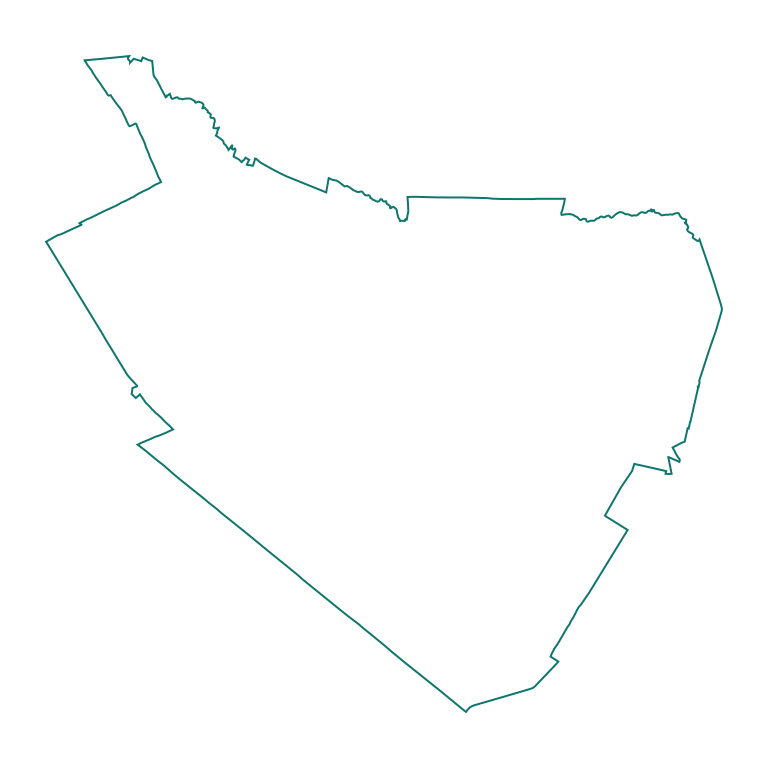 Baicoi, Prahova, Romania
{"feature_id": "2599482B49235084431710", "entity_name": "Baicoi", "entity_type": "district", "adm_level": 2, "iso_a3": "ROU", "parent_name": "Romania", "parent_adm1": "Prahova", "projection": "orthographic", "projection_center": [25.87, 45.034], "detail": "fine", "context": "isolated", "style": "outline", "palette": "teal", "viewbox_px": 768, "rotation_deg": 0, "n_neighbors": 0, "source": "geoboundaries", "source_scale": "gbopen_adm2", "svg_char_len": 6017}
<svg xmlns="http://www.w3.org/2000/svg" viewBox="0 0 768 768"><path d="M466.0,711.9L467.8,709.5L470.1,707.3L472.3,706.0L474.8,705.1L518.5,692.4L530.6,688.8L532.6,688.0L533.7,687.4L535.2,686.1L557.2,663.0L558.3,661.6L550.6,656.6L551.5,654.1L553.4,650.6L553.6,649.9L554.1,649.0L557.7,643.9L567.6,626.8L569.3,624.7L570.9,621.3L573.8,616.5L577.8,608.6L579.0,606.7L580.9,604.7L589.2,592.6L627.6,530.0L606.4,516.7L605.0,515.6L621.2,487.0L632.0,471.1L634.3,463.9L666.2,471.1L665.5,473.7L669.6,474.1L671.6,473.8L668.3,457.2L668.9,457.2L679.4,461.9L679.8,459.7L677.0,455.7L672.6,447.5L682.3,442.5L684.7,441.7L687.6,428.3L688.7,428.6L690.1,421.9L690.4,421.9L697.9,388.7L698.0,387.5L697.9,387.0L698.5,387.2L699.5,383.0L699.5,382.0L699.2,381.1L699.3,380.5L709.5,349.1L716.4,329.3L721.7,310.9L721.9,309.3L721.8,308.0L720.5,303.2L712.7,278.1L699.5,239.5L698.6,240.9L698.1,241.1L696.9,240.6L693.1,238.0L692.8,237.6L692.8,236.9L693.4,235.4L693.1,234.5L692.4,233.8L689.8,232.5L688.5,231.7L687.7,230.9L687.4,230.4L687.1,229.2L688.0,228.2L688.2,227.1L688.1,226.4L687.4,225.8L687.2,224.8L686.9,224.4L685.5,223.6L685.0,223.1L685.0,222.5L685.2,222.3L686.1,222.2L686.2,219.7L682.0,218.3L680.2,216.2L678.7,213.3L678.3,213.1L676.0,213.2L674.9,213.5L672.6,214.6L670.4,214.4L667.3,214.8L665.5,214.7L664.2,215.0L661.8,215.3L660.5,214.6L659.4,213.5L658.0,213.0L655.3,212.7L654.8,212.3L654.5,211.8L654.1,210.2L653.8,210.0L653.1,210.4L652.4,211.4L651.7,211.4L651.7,211.2L651.9,210.2L651.7,209.7L651.3,209.4L651.0,209.5L650.9,210.2L650.5,210.7L648.5,210.8L646.1,212.8L645.1,212.9L642.3,212.2L641.1,212.3L639.5,213.2L637.6,215.0L637.1,215.3L636.0,215.5L633.7,215.3L631.9,215.8L627.9,214.2L625.6,214.3L623.0,212.7L621.9,212.4L619.8,212.1L617.5,213.1L614.9,215.0L612.7,217.2L611.5,217.7L610.6,217.5L609.5,216.2L608.8,215.7L608.3,215.6L606.5,216.1L605.1,217.0L603.9,217.3L603.3,217.3L602.0,216.6L600.7,216.6L599.8,217.1L598.8,218.1L597.1,218.5L596.4,218.9L594.4,220.6L593.5,220.8L590.7,220.7L587.9,221.7L586.9,221.4L586.6,221.1L586.4,220.8L585.9,219.2L585.3,218.9L582.9,218.9L580.8,220.1L580.3,220.0L579.2,219.3L577.4,217.2L574.4,215.8L573.7,215.1L572.6,214.7L570.1,214.2L568.7,214.1L564.9,214.4L561.7,214.9L561.3,214.3L561.3,212.7L562.4,210.0L564.3,202.2L564.8,198.8L537.4,198.8L532.3,199.1L501.6,199.0L493.1,198.7L487.2,198.1L463.9,197.5L437.2,197.4L414.8,196.8L407.6,197.0L407.6,198.8L408.0,203.5L408.3,210.8L408.1,212.7L407.5,215.3L406.8,219.6L406.2,219.6L405.7,219.2L405.3,219.3L405.1,219.7L405.2,220.7L404.8,221.0L401.7,220.7L400.2,221.1L399.8,220.8L399.7,219.5L398.2,217.4L397.8,215.3L397.3,214.0L396.8,210.5L396.4,209.4L395.2,208.1L393.5,206.9L392.6,207.0L390.9,208.2L390.2,208.0L389.9,207.8L390.4,206.7L390.3,206.3L388.8,205.0L387.0,203.9L386.2,202.4L386.2,201.4L383.5,201.4L382.8,200.9L381.9,199.4L381.1,199.2L380.4,199.4L379.0,201.4L377.3,201.6L375.7,201.0L373.6,199.8L372.6,199.6L371.6,198.4L370.5,198.1L370.3,197.9L370.1,196.6L369.8,195.9L369.1,195.3L368.4,195.2L366.8,195.5L365.1,195.1L364.4,194.6L362.4,191.9L362.0,191.6L360.8,191.5L359.3,191.9L357.5,192.0L353.0,190.0L352.2,189.3L349.7,187.4L347.2,186.0L344.6,186.4L339.1,182.1L336.6,180.6L332.7,179.9L328.7,178.1L326.2,192.4L286.4,176.3L278.9,172.7L272.1,169.1L260.5,162.6L256.1,158.8L255.1,158.5L254.6,160.7L253.0,165.6L252.3,165.9L250.3,165.1L247.9,165.1L246.8,164.7L249.1,159.7L245.5,157.7L244.1,159.9L243.2,160.4L241.7,162.2L238.9,159.4L233.6,156.6L234.0,154.5L235.5,150.5L235.3,149.1L235.0,148.6L234.5,148.6L233.4,149.5L232.5,149.4L232.1,149.0L232.0,148.7L231.9,147.5L232.0,146.5L232.3,145.5L232.1,145.4L231.5,146.0L229.7,148.5L228.5,149.9L227.7,148.2L225.8,145.3L224.0,143.7L223.6,142.8L223.4,141.4L222.9,140.7L219.7,138.1L215.9,135.6L217.0,133.3L217.5,130.7L218.9,127.7L218.3,127.7L216.2,128.4L213.9,128.1L213.4,127.9L213.4,127.3L214.0,125.0L214.0,123.8L214.8,121.6L214.8,120.8L214.5,119.0L213.5,118.0L211.3,117.8L210.6,117.6L210.3,117.0L210.7,115.2L210.8,114.6L210.7,114.2L209.4,113.1L207.8,112.3L207.9,111.2L204.6,107.6L204.0,107.4L203.7,107.5L203.0,108.4L202.5,108.3L202.6,107.6L203.2,106.3L203.4,105.1L203.3,104.4L203.0,103.9L202.3,103.1L201.3,102.6L198.6,101.7L196.6,102.3L196.3,102.5L195.6,102.7L195.1,102.2L194.8,101.1L194.4,100.8L190.4,98.7L189.8,98.5L186.1,98.5L182.4,99.3L180.4,98.7L178.4,98.5L177.7,97.5L177.0,97.3L176.3,97.4L172.8,98.8L172.0,98.8L171.3,98.0L171.0,97.3L170.8,96.4L170.2,95.2L170.0,93.9L168.6,94.6L168.0,95.3L166.9,95.5L166.8,96.6L165.7,97.3L162.2,90.7L157.2,80.8L156.6,79.7L154.5,77.1L153.9,75.8L153.5,74.6L152.2,61.0L149.0,60.2L142.7,57.5L141.3,61.1L133.7,58.8L130.2,62.6L130.3,61.8L128.0,59.0L127.9,58.1L129.2,56.1L101.1,58.9L84.6,60.3L84.9,61.1L85.9,62.1L87.1,64.5L90.1,68.5L91.5,70.3L92.0,71.0L92.4,72.1L96.0,77.7L101.3,85.0L102.1,86.4L105.9,91.8L107.8,95.0L108.6,95.6L110.7,95.2L111.7,96.9L116.6,103.8L121.3,109.8L122.3,111.7L124.7,116.8L126.0,119.5L127.5,123.0L128.9,125.6L129.7,126.2L130.4,126.1L135.1,123.7L135.6,123.6L136.3,124.0L138.0,128.5L140.1,133.6L142.1,137.3L143.7,140.8L144.9,143.7L145.6,146.2L148.6,153.5L150.0,157.5L153.6,165.2L157.4,174.4L158.1,176.4L160.2,180.1L161.0,182.1L155.2,184.8L147.7,189.3L143.5,191.1L137.5,194.2L133.0,197.2L131.5,197.7L126.1,200.6L121.2,202.7L119.2,204.0L115.4,206.0L104.0,211.2L90.1,218.1L87.4,219.1L83.8,221.0L80.8,222.4L79.5,223.2L81.4,224.6L81.3,224.9L62.0,233.8L58.3,235.2L58.0,235.0L46.1,241.7L102.8,334.4L104.7,337.9L127.2,374.7L127.9,375.6L130.8,379.0L137.0,385.6L137.1,386.1L136.8,386.5L132.5,388.0L131.7,394.1L135.8,398.0L139.7,394.7L139.7,394.4L139.9,394.3L145.8,402.8L150.2,407.1L151.9,409.2L153.9,411.0L155.5,412.8L157.8,414.6L161.0,417.5L165.2,421.9L169.7,426.0L173.0,429.4L164.7,433.3L158.0,436.0L156.0,436.5L151.2,438.7L140.0,443.4L139.7,443.8L137.6,444.6L146.8,451.7L157.2,460.4L162.6,464.5L174.4,474.8L181.3,480.5L204.4,499.0L209.8,503.6L214.6,507.2L221.8,513.4L244.3,531.4L268.4,551.2L298.6,575.7L301.9,578.8L313.8,588.5L347.7,615.9L358.3,623.9L363.3,628.2L384.4,645.4L391.5,651.6L404.9,662.6L439.3,690.1L462.9,709.5L466.0,711.9Z" fill="none" stroke="#0f766e" stroke-width="2"/></svg>